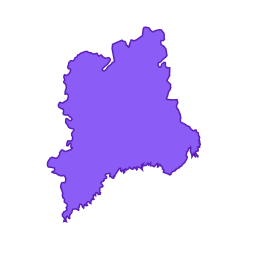 outline of West Mamprusi Municipal, Northern, Ghana, rotated 9°
{"feature_id": "2480657B90334619080238", "entity_name": "West Mamprusi Municipal", "entity_type": "district", "adm_level": 2, "iso_a3": "GHA", "parent_name": "Ghana", "parent_adm1": "Northern", "projection": "natural_earth1", "projection_center": [-0.789, 10.298], "detail": "fine", "context": "isolated", "style": "filled", "palette": "violet", "viewbox_px": 256, "rotation_deg": 9, "n_neighbors": 0, "source": "geoboundaries", "source_scale": "gbopen_adm2", "svg_char_len": 5833}
<svg xmlns="http://www.w3.org/2000/svg" viewBox="0 0 256 256"><g transform="rotate(9 128 128)"><path d="M60.9,70.5L59.4,72.5L59.3,75.3L58.9,77.1L59.3,78.2L59.9,78.7L62.1,79.0L62.3,80.7L61.3,83.7L58.8,86.0L57.3,85.2L57.0,85.4L56.7,85.9L56.7,88.2L58.1,90.2L58.1,90.8L57.3,92.0L57.4,93.0L59.8,94.8L60.5,96.5L60.8,98.5L60.2,101.6L60.5,104.4L61.2,104.4L61.4,103.8L62.1,103.4L63.7,104.7L64.1,106.1L63.8,109.4L62.1,111.4L60.9,112.0L60.4,113.2L58.4,113.7L56.9,113.2L56.4,113.6L55.6,116.1L55.7,116.8L56.6,118.3L59.1,119.3L61.2,119.6L61.8,121.7L61.5,123.5L62.3,124.8L64.4,125.0L66.6,124.4L68.6,126.0L70.3,126.7L71.4,128.1L70.5,129.6L69.2,129.7L68.3,129.5L66.9,128.4L65.6,128.3L65.2,129.3L65.5,132.1L66.0,132.9L68.0,134.5L68.7,136.0L69.3,136.5L71.0,137.3L74.0,137.4L74.9,138.1L74.7,139.1L73.5,141.2L73.3,142.5L73.4,143.8L74.7,145.5L74.9,148.2L74.0,149.8L70.8,150.0L70.1,151.7L70.1,154.6L70.6,155.1L71.6,154.9L72.9,152.2L73.7,152.1L74.4,153.1L74.5,155.7L75.0,156.3L76.1,156.3L76.2,156.6L74.9,158.3L69.9,161.0L69.2,161.0L66.5,159.9L65.7,160.3L64.3,163.0L64.7,164.7L63.3,168.1L61.5,169.2L57.5,168.8L55.8,170.1L54.1,174.0L54.1,176.3L54.2,177.3L55.2,178.8L55.7,179.0L58.6,178.8L61.8,179.1L62.1,181.5L61.7,182.1L59.9,182.9L59.8,183.5L61.9,184.1L64.4,184.1L66.1,185.1L69.3,185.8L72.0,185.0L73.1,185.5L74.2,187.2L74.6,188.7L74.5,191.4L73.8,192.0L72.2,192.0L71.2,192.5L70.8,193.6L70.6,195.9L70.9,197.2L73.5,202.0L74.1,205.9L75.4,207.3L74.4,206.5L74.6,207.0L75.8,207.7L76.5,208.7L76.6,211.0L79.7,212.6L80.2,213.6L80.1,215.2L79.3,216.4L80.4,217.8L80.3,218.7L79.4,219.9L77.8,220.8L76.6,223.5L77.2,225.3L78.9,226.7L79.5,227.9L79.2,230.3L80.2,229.8L81.9,230.1L81.0,228.6L80.9,227.8L80.9,225.6L81.5,224.7L82.1,224.8L83.6,226.4L84.5,226.6L84.7,226.1L84.0,225.0L84.0,224.2L84.5,222.3L85.6,220.5L86.0,217.6L86.6,216.7L88.8,216.1L92.0,216.9L92.2,216.2L91.3,214.6L92.3,213.6L92.0,211.6L92.6,210.7L94.2,211.0L95.5,213.2L96.7,214.0L96.7,211.6L97.2,210.2L97.7,210.1L98.0,211.0L98.9,211.3L100.1,210.8L100.5,210.3L99.4,210.8L99.0,210.4L99.1,208.0L99.5,207.2L100.8,206.8L101.7,208.0L103.1,208.4L102.8,207.0L103.3,204.2L103.8,203.6L104.5,204.2L105.5,203.8L104.3,201.2L104.4,199.8L105.0,199.0L105.9,199.8L106.6,200.0L106.3,199.0L106.5,196.8L107.5,196.7L109.0,198.2L110.8,197.9L111.0,196.3L110.0,196.0L110.1,194.3L109.5,193.0L109.5,192.1L109.9,191.3L112.3,189.8L112.4,189.4L111.8,188.3L109.9,186.8L109.8,186.4L110.3,185.6L112.4,184.0L112.5,183.3L112.0,183.1L112.8,181.8L114.6,180.9L114.6,179.8L114.2,179.3L113.5,179.1L112.9,178.1L113.3,177.0L115.5,176.0L117.6,175.9L117.8,176.9L117.3,177.8L117.6,178.9L118.7,178.7L120.1,179.7L121.5,179.9L121.9,179.4L121.4,178.9L121.4,178.0L121.7,177.6L122.4,177.8L122.7,176.2L125.8,169.2L126.9,168.9L127.3,171.3L128.3,172.0L128.6,171.0L129.6,170.2L130.0,170.2L130.7,170.9L130.1,171.8L130.9,173.1L131.7,171.9L131.7,168.9L132.2,168.8L133.1,169.7L135.0,168.1L135.7,166.4L137.2,167.7L139.2,168.0L139.9,167.4L139.7,166.3L140.5,165.7L143.3,167.9L143.7,167.2L142.4,165.8L143.5,164.8L145.3,165.5L146.4,165.3L148.7,167.0L147.8,164.6L148.4,164.4L148.5,163.5L148.2,163.1L147.1,163.2L147.1,162.4L148.9,160.8L148.7,161.7L149.0,162.8L151.8,162.1L153.1,159.6L153.5,159.7L153.4,160.7L154.1,161.4L155.1,160.9L155.8,159.3L156.2,161.8L157.7,161.3L159.7,162.2L160.6,161.4L160.9,160.4L161.6,159.8L162.1,158.6L163.0,158.4L163.5,158.7L163.5,159.2L163.0,159.7L163.3,161.9L164.0,161.6L164.7,159.6L165.6,159.1L166.1,159.6L166.0,160.2L168.0,161.0L168.5,163.2L169.8,163.6L170.3,164.1L169.7,165.6L170.0,166.3L173.5,166.7L174.1,167.1L175.6,167.1L175.7,167.5L176.6,167.8L177.7,167.0L177.5,166.2L178.9,164.0L181.2,163.0L181.6,161.5L182.2,161.5L183.2,160.1L184.6,159.3L184.7,158.8L185.1,159.0L185.5,157.8L186.8,157.2L188.1,154.7L189.4,153.3L191.0,148.9L190.9,146.9L189.8,146.5L189.6,146.0L189.9,144.4L189.6,142.5L190.3,142.1L191.1,140.0L191.0,138.6L191.8,138.4L192.7,136.9L193.3,138.5L193.1,140.8L195.3,144.7L195.7,146.5L196.3,145.0L196.4,143.0L197.7,142.4L197.4,144.3L198.1,143.9L197.9,144.7L198.8,145.7L199.2,145.8L199.3,145.1L200.5,144.6L201.4,145.5L201.5,144.6L199.5,143.2L198.5,141.1L198.7,140.3L200.6,139.9L200.9,139.3L200.4,137.4L199.9,137.1L199.9,136.0L201.7,135.8L201.1,134.4L201.6,133.7L201.6,132.9L201.9,133.1L201.9,132.8L201.6,132.1L200.8,131.8L201.1,131.6L201.0,130.3L200.7,130.4L199.8,129.6L200.4,129.1L200.0,127.7L200.3,126.5L199.9,126.1L199.8,125.2L198.8,124.4L198.2,121.9L196.2,121.1L195.7,119.5L194.8,119.8L194.5,119.5L193.6,120.5L192.2,120.4L190.9,119.3L189.9,119.1L189.5,118.1L188.3,117.0L185.3,116.4L184.3,115.5L179.8,114.2L178.8,113.5L178.3,111.3L178.7,110.4L177.7,107.4L177.6,106.3L176.9,105.8L174.9,102.2L174.3,101.6L173.8,101.7L173.5,100.8L172.6,99.9L172.5,97.5L173.2,95.3L172.0,92.3L168.3,93.2L161.6,93.7L161.5,92.2L162.0,90.6L162.4,86.0L163.5,83.7L163.9,81.6L163.1,78.2L158.9,75.2L161.0,69.4L160.7,68.9L159.8,62.0L157.9,62.4L156.2,62.0L155.1,60.7L154.8,57.8L154.1,57.4L153.2,57.6L151.4,59.6L151.0,62.3L150.4,62.9L148.9,62.7L147.6,60.8L147.9,58.9L150.0,57.4L151.5,55.0L154.7,51.4L155.1,50.2L153.1,44.1L150.6,41.7L148.1,40.7L147.1,39.2L146.8,37.7L147.1,36.4L149.3,36.1L150.1,34.5L149.5,33.0L149.0,29.8L148.6,28.8L145.5,25.9L143.8,26.0L142.4,26.5L139.6,27.7L137.8,29.2L135.2,28.2L133.7,26.4L132.7,25.8L129.4,25.7L128.2,26.2L127.6,27.6L127.8,34.6L122.3,39.8L120.9,40.6L119.8,40.9L117.4,40.5L116.5,44.6L116.6,47.3L116.1,48.2L115.0,47.4L114.8,46.7L114.2,46.8L113.3,46.4L112.7,44.6L111.7,43.2L109.4,42.9L108.3,42.2L99.7,47.8L99.9,52.1L104.3,64.4L102.0,66.3L101.4,67.8L98.6,70.7L97.6,73.1L96.6,74.5L95.4,75.4L93.8,75.2L93.4,73.6L95.4,70.8L97.6,68.4L99.8,64.3L99.5,62.5L98.1,61.5L95.8,62.4L94.2,62.6L92.0,61.6L90.1,60.0L88.3,61.4L87.4,61.4L85.8,59.1L82.3,60.4L79.5,59.5L78.0,59.7L75.2,58.7L72.2,60.0L70.5,61.2L69.3,61.6L68.5,63.1L66.9,63.8L66.4,65.8L64.8,66.9L63.9,69.9L62.7,70.4L60.9,70.5Z" fill="#8b5cf6" stroke="#5b21b6" stroke-width="1.5"/></g></svg>